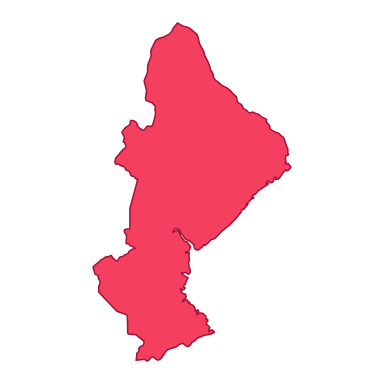 SVG path tracing the border of Sofala
{"feature_id": "MOZ-1905", "entity_name": "Sofala", "entity_type": "Province", "adm_level": 1, "iso_a3": "MOZ", "parent_name": "Mozambique", "parent_adm1": "", "projection": "mercator", "projection_center": [34.584, -19.076], "detail": "fine", "context": "isolated", "style": "filled", "palette": "rose", "viewbox_px": 384, "rotation_deg": 0, "n_neighbors": 0, "source": "natural_earth", "source_scale": "10m", "svg_char_len": 6057}
<svg xmlns="http://www.w3.org/2000/svg" viewBox="0 0 384 384"><path d="M286.7,170.8L286.7,170.4L286.1,170.2L285.4,170.3L285.0,170.6L282.9,173.0L279.5,178.0L278.0,179.2L275.6,179.5L276.1,178.0L275.8,177.2L275.1,177.1L274.2,177.9L273.1,181.6L272.2,182.5L270.7,182.9L269.9,182.2L269.2,181.3L268.3,180.9L267.0,181.5L266.6,182.1L266.4,182.8L266.6,183.5L267.8,183.0L268.3,183.1L267.9,184.3L257.6,191.3L255.9,193.7L255.2,194.4L254.3,194.1L253.3,195.1L251.8,198.0L252.3,197.7L253.7,197.5L253.7,198.0L251.7,199.1L249.8,200.6L246.4,204.1L247.8,204.1L247.2,205.2L244.1,208.9L243.5,209.2L242.1,209.6L241.3,211.7L237.6,216.6L230.4,224.3L222.0,231.1L215.2,238.2L212.7,239.3L211.0,239.8L207.1,243.9L204.9,245.5L204.3,244.7L203.5,245.3L201.6,247.6L197.7,250.2L195.4,249.3L194.8,248.8L194.3,247.6L193.6,244.4L189.5,240.9L186.1,239.6L185.3,239.0L182.5,234.8L181.9,234.1L180.8,233.6L179.7,230.0L179.0,229.5L176.6,228.7L175.5,228.5L174.4,229.0L173.7,231.1L172.8,231.6L172.8,232.1L173.9,232.0L175.3,230.8L176.5,230.5L177.7,230.7L178.7,231.2L179.4,232.1L179.9,234.4L180.5,235.6L184.3,241.1L185.5,241.7L187.4,242.2L188.4,244.0L190.1,245.9L190.4,246.6L190.1,248.6L189.0,250.6L187.4,252.0L185.5,251.8L185.7,253.1L186.4,253.1L188.0,252.2L189.2,252.6L189.5,253.2L188.9,255.4L189.0,256.6L189.5,260.0L189.3,261.1L188.4,262.6L188.9,264.4L188.9,266.8L189.8,268.5L190.3,270.8L190.4,271.4L190.2,272.1L189.6,272.8L189.5,273.3L188.9,274.2L187.5,273.8L185.3,272.5L183.1,273.2L182.3,273.2L181.7,272.0L181.7,273.5L182.8,274.8L188.0,277.7L188.0,278.2L187.4,278.8L186.4,280.8L185.3,284.1L183.8,285.7L183.5,286.8L185.1,288.0L184.8,288.8L183.7,289.6L182.8,290.0L181.8,289.8L180.6,289.0L181.3,291.3L182.4,293.0L183.3,293.7L184.8,293.9L185.5,294.3L186.0,295.9L186.1,297.2L185.8,298.2L183.0,300.6L182.6,301.5L185.1,300.2L186.6,299.9L187.7,300.3L187.9,302.2L188.4,303.0L189.5,302.1L190.1,303.7L191.0,304.4L192.2,304.9L193.6,306.0L194.3,306.9L194.8,307.9L195.2,309.1L195.3,310.7L195.7,311.4L197.7,309.9L198.6,310.5L198.6,311.7L196.8,313.2L197.1,314.6L197.5,314.0L198.1,313.5L199.7,313.0L203.0,313.3L203.4,313.9L205.7,315.9L206.0,316.6L206.0,319.7L206.7,319.3L207.3,319.3L207.8,319.8L207.9,320.8L207.7,321.3L206.7,322.3L206.4,323.1L206.9,324.5L209.1,326.5L209.9,327.6L209.0,329.5L208.8,330.6L208.9,331.7L210.9,330.1L211.9,329.9L213.8,331.1L214.3,332.3L214.2,332.8L212.6,333.0L211.1,334.1L210.1,334.3L204.6,335.2L197.3,338.2L196.5,338.7L195.8,339.9L191.9,342.6L190.8,344.4L189.2,346.1L187.0,346.4L186.2,346.0L183.1,343.5L182.5,343.5L179.7,344.2L176.3,346.9L168.0,349.5L166.0,351.1L162.9,356.1L160.9,358.6L158.7,360.0L157.4,360.0L156.3,359.5L154.1,357.6L152.4,356.9L151.0,357.6L149.0,360.0L147.4,361.0L146.2,360.6L145.3,359.9L144.4,359.4L136.2,360.2L136.8,353.8L137.2,352.7L138.8,351.6L139.0,350.6L138.8,349.0L138.9,348.3L139.7,347.0L142.3,345.7L143.4,344.7L144.0,342.8L143.8,341.4L143.0,340.4L135.9,334.8L135.1,334.6L129.4,334.1L128.5,334.0L127.9,333.6L127.7,332.8L127.4,317.2L127.0,315.3L126.2,314.7L117.7,311.6L116.7,311.1L98.9,292.3L98.7,291.3L98.6,287.5L98.8,286.4L100.2,282.6L100.2,281.7L99.6,280.5L98.6,279.0L98.0,275.7L97.2,275.0L95.3,274.3L94.9,273.7L93.1,267.4L93.4,266.5L99.9,261.0L101.0,259.8L103.5,258.6L105.2,257.1L106.1,256.9L108.3,256.8L110.4,255.7L111.1,255.5L111.5,255.7L111.9,256.2L112.4,257.9L113.7,258.6L115.7,260.6L117.4,260.9L119.5,257.4L120.6,256.9L122.8,256.4L124.4,255.1L127.3,253.9L128.1,253.3L128.9,251.8L129.5,251.0L131.3,250.0L132.0,249.2L133.8,249.0L135.3,248.3L134.0,247.7L132.3,246.2L130.3,245.9L129.7,245.3L129.2,244.3L128.7,243.8L126.2,243.7L126.1,241.5L126.5,237.8L126.5,235.4L124.7,232.5L124.2,230.9L124.5,229.9L125.3,229.4L126.6,229.1L128.4,229.1L129.3,228.9L129.8,228.4L129.9,227.2L129.9,208.3L137.1,181.7L137.5,179.3L136.9,179.4L136.1,179.0L135.4,178.3L134.5,176.9L133.7,176.4L132.0,176.1L131.3,175.8L130.6,175.1L129.8,172.5L129.4,171.7L128.7,171.1L126.4,170.2L125.7,169.6L124.6,167.2L123.9,166.7L121.3,165.9L118.9,164.4L117.9,164.1L115.6,164.0L114.8,162.2L115.6,158.6L116.0,157.8L117.0,156.5L119.1,154.3L120.7,152.0L121.7,151.2L122.9,149.5L124.5,148.8L126.0,146.7L125.9,145.5L125.1,144.1L124.6,142.4L123.6,142.2L123.4,141.9L123.4,141.1L124.1,138.8L124.2,137.1L123.8,135.9L122.1,132.8L121.9,132.0L122.1,131.6L124.0,129.4L125.1,127.9L126.2,127.0L127.9,126.1L129.6,124.6L130.0,123.8L130.4,121.4L130.9,120.4L134.2,121.0L135.1,121.4L136.5,122.8L137.2,124.2L137.7,126.3L138.4,127.2L141.6,129.6L143.4,130.2L144.4,129.8L146.6,126.8L147.3,126.2L148.3,126.0L151.3,126.4L152.4,125.3L153.3,123.0L155.0,116.4L155.4,113.4L155.4,111.3L154.9,110.1L155.3,106.8L155.2,106.0L154.9,105.6L154.0,104.9L152.2,102.8L146.4,100.6L145.7,100.0L145.5,98.2L146.5,91.0L146.4,90.0L144.3,82.0L144.2,81.0L144.4,80.0L147.2,73.1L147.5,72.1L147.5,68.2L148.0,64.4L149.1,61.3L150.9,56.9L151.1,55.5L150.8,51.3L150.9,50.3L155.3,40.9L155.8,40.3L156.9,39.5L159.0,38.3L163.2,37.2L168.8,34.4L171.1,32.3L171.9,31.0L173.3,28.0L177.5,23.0L182.8,26.0L188.2,27.5L189.9,28.4L196.3,33.8L196.9,34.5L197.9,36.8L199.7,44.2L202.5,49.0L203.9,52.1L204.7,55.0L204.8,56.5L205.2,56.5L206.7,59.1L207.1,60.5L207.8,61.5L209.9,66.7L210.5,69.9L210.8,70.5L212.3,72.3L213.2,74.9L213.4,77.2L214.6,79.2L215.8,80.4L218.0,81.9L219.8,83.6L220.5,83.9L221.0,84.7L222.0,85.4L226.5,87.7L230.6,90.8L233.0,93.8L233.9,94.3L234.4,95.0L235.6,96.1L235.9,96.7L236.3,96.8L236.7,98.0L237.1,100.7L237.5,101.9L238.1,102.7L240.7,104.1L241.6,104.9L242.2,105.8L243.0,107.8L243.6,108.7L246.2,110.1L248.4,112.3L249.3,112.7L250.3,112.7L252.7,112.1L253.8,112.4L255.5,113.4L257.7,114.0L259.2,114.8L261.7,117.0L265.3,118.6L266.7,119.9L265.9,121.4L268.3,123.9L269.4,125.9L269.9,126.5L269.7,128.4L271.1,129.9L275.5,132.1L278.5,133.2L279.3,133.7L281.0,135.8L282.5,136.5L283.5,137.8L284.2,139.1L284.9,140.9L285.3,142.7L285.6,143.6L286.1,144.0L286.1,144.6L287.1,147.5L287.9,149.2L287.8,152.7L288.5,154.5L288.3,155.0L287.1,155.2L285.7,156.2L285.5,158.6L285.8,161.0L286.3,162.4L285.0,163.1L285.3,163.8L286.6,164.1L288.3,163.5L289.5,165.3L290.8,166.7L290.9,167.1L289.7,169.1L288.8,169.9L287.9,170.4L286.7,170.8Z" fill="#f43f5e" stroke="#9f1239" stroke-width="1.5"/></svg>